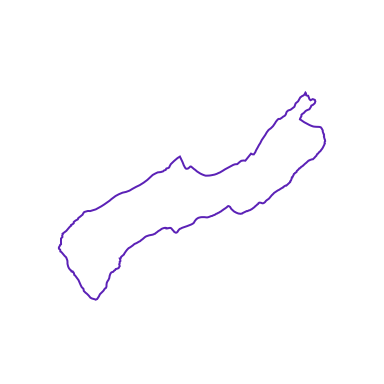 Parklai, Xaignabouri, Laos, rotated 28°
{"feature_id": "54806243B45153092091690", "entity_name": "Parklai", "entity_type": "district", "adm_level": 2, "iso_a3": "LAO", "parent_name": "Laos", "parent_adm1": "Xaignabouri", "projection": "albers", "projection_center": [101.569, 18.46], "detail": "fine", "context": "isolated", "style": "outline", "palette": "violet", "viewbox_px": 384, "rotation_deg": 28, "n_neighbors": 0, "source": "geoboundaries", "source_scale": "gbopen_adm2", "svg_char_len": 6028}
<svg xmlns="http://www.w3.org/2000/svg" viewBox="0 0 384 384"><g transform="rotate(28 192 192)"><path d="M162.9,293.7L162.9,292.3L163.0,291.4L161.6,289.9L161.7,289.2L161.1,287.8L160.9,287.5L161.2,286.6L160.7,285.8L160.5,285.6L160.3,285.5L160.1,284.8L159.7,284.6L160.0,284.4L160.1,284.1L160.1,283.7L159.9,283.5L160.0,282.9L159.9,282.5L160.7,280.5L161.3,279.0L161.1,278.4L161.2,277.8L161.5,275.0L161.7,274.2L161.7,273.8L162.4,271.3L163.0,270.5L163.6,269.4L164.9,266.8L165.2,265.8L165.9,264.5L167.0,263.2L168.4,260.9L169.3,259.7L169.8,258.2L170.4,257.1L171.6,254.0L172.4,252.6L174.5,250.4L177.1,248.3L178.0,247.4L178.4,246.7L179.1,246.0L179.2,245.4L180.1,243.6L180.6,242.3L181.7,240.6L182.5,238.8L183.7,237.4L185.1,236.2L185.7,236.1L186.1,236.3L186.3,236.1L186.4,235.8L186.6,235.6L186.8,235.6L187.1,235.9L188.0,235.2L188.2,234.9L188.5,234.7L189.1,234.2L189.9,233.8L190.7,233.8L191.1,233.9L191.9,234.3L194.4,235.2L194.8,235.5L196.5,235.6L196.8,235.5L197.3,235.2L197.5,235.0L198.0,233.6L197.9,232.9L198.3,231.0L198.5,230.4L198.7,230.1L199.0,229.9L199.9,228.5L200.9,227.4L203.7,224.4L206.7,220.9L207.6,219.5L208.1,218.3L208.1,216.5L208.5,214.3L208.9,213.3L209.7,211.9L210.4,211.2L211.8,210.0L213.0,209.3L214.7,208.4L217.2,207.4L218.4,206.4L220.2,204.3L221.1,203.6L221.7,202.6L222.5,201.8L223.2,200.8L223.6,199.9L224.4,199.1L224.8,198.3L225.5,197.5L226.0,196.5L226.6,195.7L227.2,194.3L227.6,193.7L227.8,193.1L229.0,190.9L229.8,189.3L230.2,188.0L230.6,187.4L231.5,187.2L232.6,187.3L234.1,188.2L234.9,188.6L235.4,188.7L238.0,189.4L238.4,189.4L238.9,189.5L239.9,189.4L240.6,189.5L243.1,189.2L245.2,188.4L245.7,188.0L246.1,187.6L246.5,187.3L246.5,187.0L246.9,186.4L248.6,184.1L249.2,183.2L250.0,182.8L250.7,181.7L251.6,180.9L252.9,178.9L254.2,176.1L254.7,174.4L255.2,173.5L255.4,172.5L255.9,171.7L256.0,171.3L255.9,170.8L256.4,169.8L257.2,169.4L258.2,169.1L259.2,169.0L259.9,168.7L260.5,168.1L261.2,166.7L261.3,166.2L261.4,165.4L261.5,165.0L262.0,163.8L262.7,162.5L263.1,161.6L264.0,157.2L264.3,156.6L264.3,156.4L264.7,155.2L264.9,154.3L266.6,151.1L267.1,150.2L267.8,149.3L269.3,146.6L270.4,145.0L270.3,144.6L271.2,143.0L271.9,142.1L272.3,142.0L272.3,141.8L272.7,140.9L273.7,138.0L274.0,137.2L273.7,136.8L273.7,136.2L273.8,135.7L274.0,135.5L273.7,133.6L273.4,132.6L273.6,132.6L273.8,132.2L273.7,131.8L273.7,130.6L273.7,129.2L273.6,128.7L273.5,128.3L274.0,127.4L274.0,126.9L274.3,126.5L274.8,125.5L274.9,125.2L274.7,124.7L274.7,124.2L275.4,122.2L275.6,120.9L276.0,120.6L276.2,119.8L276.5,119.3L276.6,119.0L276.6,118.5L277.5,117.2L277.6,116.6L277.9,116.0L278.0,115.5L278.2,115.1L278.5,114.1L279.2,112.5L280.2,109.5L280.7,109.1L281.0,108.7L281.2,108.2L281.6,107.9L282.4,107.0L283.4,106.3L283.8,105.0L284.0,104.5L284.3,103.1L284.8,101.5L284.7,99.9L285.2,99.0L285.6,96.9L286.1,95.9L286.3,94.8L286.3,94.3L286.6,92.9L286.7,91.3L286.6,87.9L286.5,87.5L286.5,86.8L286.3,86.7L286.1,86.6L285.7,85.5L285.6,85.1L285.7,84.6L285.0,83.6L284.4,83.2L284.0,82.7L282.9,81.7L282.7,81.1L282.2,80.8L281.9,79.7L281.6,79.4L281.3,79.0L280.9,79.0L279.8,77.9L279.1,77.3L278.9,77.0L278.7,76.5L278.4,76.1L277.8,75.8L276.7,75.0L275.2,74.4L273.7,74.8L271.1,76.1L269.0,77.0L267.9,77.3L266.6,77.5L264.4,77.7L258.2,77.7L254.0,77.2L253.2,77.2L253.0,76.4L253.0,73.6L252.4,72.6L252.7,71.4L253.6,69.8L254.3,67.1L255.2,65.7L256.8,63.8L257.0,60.8L256.8,59.7L257.8,58.4L258.7,56.1L258.4,54.1L257.2,53.0L255.0,53.3L253.6,55.3L252.3,55.0L251.1,54.0L249.4,52.5L248.7,52.8L247.4,53.0L247.0,52.6L246.8,52.1L246.3,51.4L246.0,51.2L245.5,51.0L245.5,53.4L245.1,54.4L244.2,55.6L243.2,57.7L243.1,62.1L241.9,65.1L242.4,68.7L240.4,73.1L238.7,74.8L238.0,76.6L238.1,77.8L238.4,79.6L238.1,81.2L237.1,82.7L236.4,84.4L235.4,86.2L234.0,86.9L233.5,88.4L233.1,90.5L233.0,92.5L232.6,95.9L231.7,98.7L230.5,101.2L230.0,104.2L229.9,107.2L229.2,113.4L229.3,117.1L229.1,119.0L229.1,121.7L229.0,125.3L229.2,127.1L228.9,129.8L227.5,130.4L226.1,130.4L225.8,131.9L224.4,139.3L222.7,140.0L220.9,141.3L220.0,143.1L218.9,146.1L216.9,147.4L215.7,148.7L210.5,156.5L209.2,158.8L207.3,161.9L206.7,162.5L205.3,164.4L203.8,166.0L201.5,167.9L199.8,169.2L197.3,170.7L196.3,171.2L194.7,171.5L192.9,171.7L190.6,171.8L186.8,171.5L184.2,170.9L183.1,170.8L179.9,170.1L179.0,170.0L178.4,170.6L178.2,171.5L177.4,173.2L176.4,174.0L175.6,174.2L174.5,173.8L172.1,172.2L171.0,171.2L169.3,169.8L164.7,166.4L163.3,168.8L161.6,173.1L160.2,177.4L160.2,179.8L160.3,181.1L159.5,182.3L158.4,183.2L158.3,183.7L158.4,184.8L158.1,185.2L157.6,185.7L157.1,186.3L156.8,187.3L156.5,187.7L155.4,188.6L155.3,188.9L152.5,190.8L150.8,193.1L149.3,195.4L146.9,202.3L144.9,206.5L142.6,210.5L140.3,213.6L138.0,217.1L136.2,220.1L133.7,222.9L131.0,225.2L128.4,228.4L126.4,231.4L124.1,236.3L123.3,238.4L120.4,244.1L118.6,247.3L115.2,252.5L111.1,256.6L108.9,257.7L106.3,260.2L106.0,261.6L106.0,263.6L105.7,264.1L104.7,266.6L104.0,268.0L103.8,268.8L104.0,269.3L104.0,269.8L102.7,271.7L101.9,273.4L101.7,274.2L102.0,274.7L102.2,274.9L102.2,275.3L101.8,276.2L100.8,277.8L100.7,278.0L101.1,278.5L100.5,279.8L100.2,281.0L99.3,285.3L97.3,289.6L97.8,290.0L97.8,291.1L97.9,291.6L98.7,292.5L98.7,292.8L98.3,294.0L98.2,294.6L99.7,297.5L100.9,299.6L100.8,300.0L100.5,300.3L100.4,300.5L100.6,301.4L100.5,302.4L100.5,303.4L101.1,304.5L101.7,304.7L102.6,304.8L103.2,305.5L103.6,306.0L103.7,306.3L104.5,306.3L105.6,306.6L109.5,308.2L111.6,308.8L114.1,311.0L115.0,312.4L115.8,313.9L117.7,316.0L119.3,317.2L121.3,318.0L121.4,317.9L122.1,318.1L122.8,318.7L123.8,318.1L124.0,318.2L123.9,318.5L124.0,318.7L124.4,318.7L124.7,318.5L125.1,318.6L125.3,318.8L126.0,319.2L126.3,319.7L127.2,320.6L128.0,320.6L133.2,323.1L137.2,326.3L139.3,327.8L141.5,328.4L143.0,330.2L145.3,330.9L147.0,331.2L149.3,331.9L151.9,333.0L153.6,333.0L156.8,332.3L157.5,332.3L158.5,331.0L158.8,327.8L158.7,325.5L159.9,321.7L160.2,320.6L160.3,318.9L160.7,317.5L161.1,316.9L160.8,315.5L160.0,313.9L159.4,312.2L159.3,310.6L159.5,309.0L159.4,307.0L158.6,304.5L158.3,302.2L158.6,300.8L159.9,299.4L160.2,297.9L160.8,297.0L160.8,295.9L161.4,295.4L162.9,293.7Z" fill="none" stroke="#5b21b6" stroke-width="2"/></g></svg>